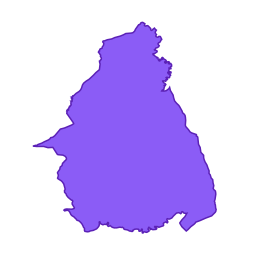 outline of Phu Kradueng, Loei, Thailand, rotated 274°
{"feature_id": "78962969B77049388444937", "entity_name": "Phu Kradueng", "entity_type": "district", "adm_level": 2, "iso_a3": "THA", "parent_name": "Thailand", "parent_adm1": "Loei", "projection": "natural_earth1", "projection_center": [101.891, 16.902], "detail": "fine", "context": "isolated", "style": "filled", "palette": "violet", "viewbox_px": 256, "rotation_deg": 274, "n_neighbors": 0, "source": "geoboundaries", "source_scale": "gbopen_adm2", "svg_char_len": 5781}
<svg xmlns="http://www.w3.org/2000/svg" viewBox="0 0 256 256"><g transform="rotate(274 128 128)"><path d="M212.4,153.4L213.4,152.3L214.5,152.1L215.3,152.8L215.5,153.6L216.8,154.4L217.6,154.5L218.5,155.4L218.8,155.5L221.5,153.9L221.6,152.5L220.7,151.6L220.6,151.1L221.2,149.5L221.9,149.3L223.2,149.9L224.3,148.8L225.3,148.5L226.1,148.7L227.6,149.5L228.4,148.3L229.5,147.4L228.2,145.9L227.9,145.9L227.0,144.8L227.1,144.4L227.4,143.9L228.1,143.7L228.5,143.8L228.9,143.6L231.3,140.9L231.5,140.1L230.9,138.3L231.3,137.3L231.7,137.2L233.2,137.6L233.6,137.0L233.7,136.3L234.2,135.8L234.4,135.1L234.0,133.7L232.5,132.8L232.0,132.3L231.7,131.4L227.1,128.6L225.0,127.8L223.4,126.2L222.9,124.5L222.1,119.2L220.7,117.0L219.2,114.0L217.3,108.5L215.7,105.5L214.6,101.2L213.3,98.5L213.1,97.2L212.2,96.8L211.8,97.0L211.0,97.9L208.8,97.8L207.1,96.7L205.7,96.5L205.2,95.2L204.7,94.5L203.3,94.1L202.9,94.2L202.7,93.6L201.7,93.2L201.3,93.3L200.5,94.3L199.9,94.6L198.8,95.6L197.4,95.5L196.3,96.4L195.2,96.6L194.6,96.5L193.9,95.8L193.5,95.8L192.7,94.8L192.1,95.2L191.3,95.1L190.0,95.7L184.2,95.4L180.9,92.0L178.3,89.9L174.0,85.9L171.7,82.8L169.6,80.6L167.7,79.6L164.4,78.8L162.5,77.9L161.0,76.6L158.9,73.8L156.4,71.5L156.3,70.7L155.8,70.5L155.4,70.7L155.1,69.9L155.0,70.2L154.7,69.8L154.6,70.1L153.9,70.4L153.9,69.9L153.5,70.2L153.4,69.9L153.6,69.6L153.3,69.5L152.6,70.4L152.2,70.2L151.4,70.4L150.9,70.3L151.1,70.0L150.9,69.3L150.7,69.6L150.3,69.3L148.3,69.4L148.0,69.3L147.7,69.6L147.2,69.7L145.8,68.9L145.7,68.2L145.3,68.1L145.2,68.3L144.9,68.0L144.6,68.1L144.3,67.7L143.0,67.4L141.9,67.4L142.4,66.6L141.5,65.9L140.7,65.7L140.6,66.1L138.3,65.9L129.3,73.2L128.5,73.5L127.1,71.7L123.6,64.7L122.2,60.6L115.2,55.5L113.5,53.5L113.0,51.6L111.8,50.9L110.6,49.5L108.4,45.4L106.9,43.1L105.3,39.4L104.4,38.4L104.2,36.8L103.3,34.4L103.2,38.3L103.7,45.3L102.8,49.5L103.4,54.4L96.7,59.4L96.5,60.2L96.4,65.0L95.4,67.3L94.1,68.5L92.7,68.8L91.3,67.9L90.2,66.7L89.3,66.3L88.3,65.2L85.9,64.8L84.3,63.1L82.0,62.8L78.7,60.8L78.0,60.9L76.3,61.8L74.3,61.6L73.1,61.2L72.4,61.8L70.6,65.2L69.7,66.2L67.7,67.8L62.9,69.5L62.1,69.5L61.3,69.0L59.5,69.2L57.8,70.9L56.5,71.4L54.5,73.2L52.1,76.6L52.0,77.4L51.7,77.8L50.9,78.0L49.5,77.5L48.2,77.6L44.6,80.1L43.9,79.8L43.1,77.8L42.9,72.1L42.3,70.4L41.6,69.8L40.9,70.6L41.7,73.1L41.6,73.7L41.2,74.7L40.1,75.7L37.8,77.0L36.8,77.9L35.4,80.5L34.7,81.1L34.0,82.2L32.7,83.2L32.3,83.9L32.1,85.3L30.6,87.3L29.0,88.8L27.1,90.0L26.1,90.4L24.8,91.6L22.8,91.7L21.9,92.2L21.6,94.6L21.9,96.3L22.7,97.6L23.4,100.4L25.2,103.7L26.8,105.0L28.5,106.0L31.0,106.1L32.0,105.8L32.3,105.9L32.5,106.3L32.3,106.6L31.4,106.8L30.5,107.5L29.7,109.7L30.4,111.6L30.2,112.8L31.4,114.0L32.3,114.3L32.3,114.9L31.9,115.2L30.9,115.2L30.5,114.9L30.3,114.3L29.9,114.1L28.9,114.6L28.5,115.6L29.4,117.0L27.9,119.1L27.4,121.3L27.6,123.6L28.5,126.8L28.3,128.4L28.6,129.4L27.9,130.6L27.2,130.7L26.6,131.6L26.3,134.6L25.3,136.8L25.4,137.8L25.1,138.3L25.1,139.5L25.3,139.9L26.2,139.8L26.4,140.5L27.3,141.3L27.6,142.4L27.8,143.7L27.7,145.6L27.2,146.0L26.1,146.0L25.8,146.6L25.8,147.0L26.3,148.1L27.9,148.5L28.1,148.8L28.0,149.2L27.6,149.4L26.6,149.1L25.8,149.5L24.6,149.5L24.3,149.7L24.4,150.4L25.1,150.6L25.6,151.2L25.2,153.7L25.6,154.7L26.7,156.2L27.7,156.0L28.5,155.0L29.9,155.4L30.4,155.8L29.6,156.5L29.5,157.3L29.2,157.8L28.6,157.4L28.3,157.5L28.8,158.4L28.3,159.9L28.8,163.0L29.4,163.6L30.1,163.7L30.4,162.3L31.2,161.4L31.6,161.6L31.7,164.6L31.1,165.7L32.9,170.0L33.3,170.3L35.3,169.9L35.7,170.2L37.0,172.3L36.9,172.7L36.3,173.2L36.1,173.7L36.9,174.3L37.4,174.2L39.3,173.1L40.2,173.4L40.3,173.8L40.0,174.7L40.1,175.9L41.3,178.0L43.4,179.5L46.5,182.3L47.1,184.7L46.2,186.6L47.0,187.2L47.9,187.3L48.3,187.8L48.2,188.5L47.3,189.2L47.0,189.9L46.8,191.9L47.0,192.6L43.6,191.0L40.3,188.3L38.7,187.3L37.0,186.3L36.5,186.4L33.3,188.6L29.3,193.3L30.8,194.9L34.0,197.6L36.4,200.4L37.6,201.5L38.8,202.2L40.7,206.4L43.6,211.9L46.2,217.6L50.0,220.9L51.0,221.4L53.1,221.6L53.9,221.1L57.5,220.5L58.3,220.0L59.7,219.9L60.9,219.3L62.9,219.8L67.9,220.2L69.5,220.0L71.2,219.6L72.5,218.0L73.6,217.2L76.5,217.6L79.1,216.7L82.4,216.1L84.0,214.4L87.0,213.3L88.3,212.0L90.9,211.9L93.5,210.6L96.6,209.3L99.6,207.2L101.7,206.2L103.4,205.6L106.1,205.3L108.8,202.4L113.7,201.3L116.6,199.5L123.8,198.2L124.4,197.6L124.9,196.6L125.9,196.8L126.3,196.5L127.6,191.7L128.5,190.1L130.5,188.5L133.6,185.4L134.9,185.0L139.7,185.0L142.8,184.5L144.6,184.0L145.9,182.9L147.0,181.4L148.6,180.8L153.1,177.9L154.2,177.0L156.2,174.6L158.3,172.6L161.4,171.4L164.0,170.7L168.3,167.7L171.4,166.7L170.0,166.0L167.8,163.4L167.4,161.6L167.3,159.1L168.1,159.5L168.9,161.0L171.2,161.3L171.9,161.7L173.0,161.1L173.2,161.4L173.2,162.3L174.1,162.7L174.9,161.9L175.8,160.2L176.3,160.1L176.9,159.4L177.3,159.3L177.6,160.8L177.2,162.1L177.3,162.4L177.9,162.7L179.1,162.5L179.2,162.8L178.9,163.7L179.1,164.0L179.8,163.7L181.0,162.6L181.4,163.3L180.9,164.9L180.9,165.4L181.3,165.9L182.9,166.1L183.5,166.8L184.1,166.6L184.7,164.8L185.8,163.8L186.3,163.8L186.5,164.5L185.7,166.5L186.0,167.1L186.8,167.0L187.3,165.2L187.9,164.6L189.5,165.0L190.7,164.7L190.8,165.0L190.0,166.2L190.2,166.7L192.2,166.2L192.7,167.2L194.1,167.1L195.3,166.2L194.8,165.0L195.0,163.8L195.7,163.7L195.9,164.6L196.3,164.8L197.0,164.1L196.6,162.1L195.3,161.2L195.5,160.5L196.1,160.0L196.5,160.0L196.7,160.3L196.8,161.5L197.5,161.6L198.5,160.8L199.4,158.9L200.4,158.1L200.8,157.5L200.6,157.0L199.9,156.7L199.3,157.4L198.9,157.5L198.4,156.5L198.9,155.0L198.6,154.8L197.4,155.3L197.1,155.0L197.2,154.3L198.3,153.4L200.1,153.0L200.4,152.6L200.1,152.3L200.0,151.9L200.7,151.5L202.9,147.9L203.5,147.7L203.9,147.9L203.9,149.1L206.0,151.7L206.6,151.7L207.0,151.5L207.6,150.0L207.6,149.1L207.8,148.9L208.7,149.7L209.7,150.2L210.3,151.8L211.3,153.0L212.4,153.4Z" fill="#8b5cf6" stroke="#5b21b6" stroke-width="1.5"/></g></svg>